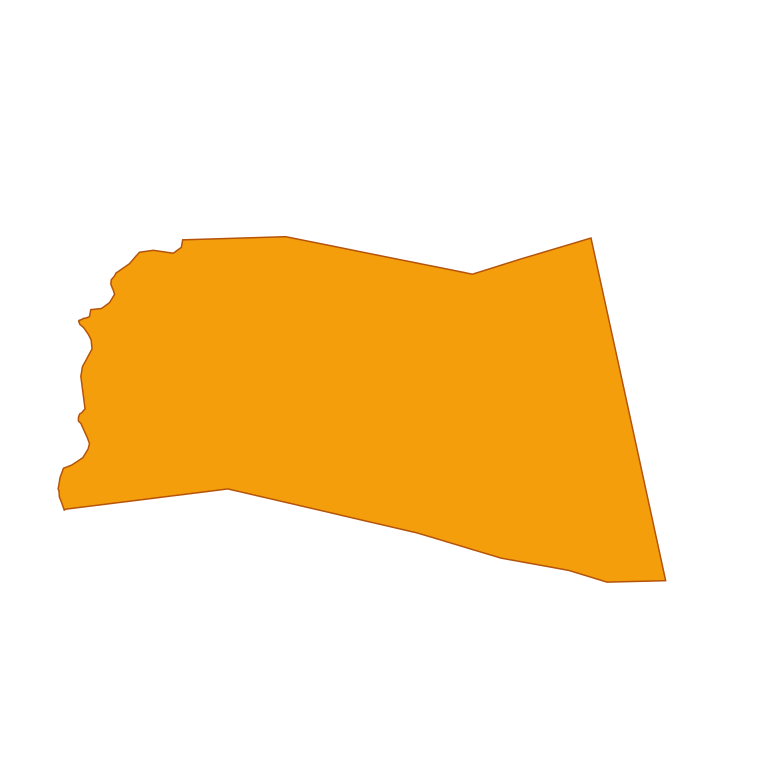 outline of Reifi Hamashkureib, Kassala, Sudan, rotated 190°
{"feature_id": "16777658B48283750984727", "entity_name": "Reifi Hamashkureib", "entity_type": "district", "adm_level": 2, "iso_a3": "SDN", "parent_name": "Sudan", "parent_adm1": "Kassala", "projection": "albers", "projection_center": [36.838, 16.811], "detail": "fine", "context": "isolated", "style": "filled", "palette": "amber", "viewbox_px": 768, "rotation_deg": 190, "n_neighbors": 0, "source": "geoboundaries", "source_scale": "gbopen_adm2", "svg_char_len": 1344}
<svg xmlns="http://www.w3.org/2000/svg" viewBox="0 0 768 768"><g transform="rotate(190 384 384)"><path d="M72.5,239.2L72.7,239.8L148.9,425.9L166.0,467.5L205.5,563.7L271.9,530.4L316.0,507.5L423.4,510.0L451.4,510.7L506.4,512.0L607.3,491.0L607.3,483.4L614.2,476.2L634.4,475.6L647.7,471.3L650.1,467.3L650.4,467.1L650.9,466.1L655.7,458.1L667.3,446.6L668.0,443.8L670.7,439.3L670.4,435.0L667.9,430.8L667.5,430.4L664.9,425.6L668.4,416.5L675.3,409.3L685.7,406.3L685.7,399.5L686.4,398.7L688.0,397.8L689.3,397.0L691.4,396.4L692.6,395.2L695.5,393.6L694.9,393.0L695.4,392.5L693.9,389.9L689.5,387.3L687.1,384.9L683.6,381.3L681.0,377.8L680.1,376.6L677.6,367.8L680.4,359.5L681.5,356.0L683.9,349.1L683.9,348.2L684.1,347.4L683.9,345.2L683.9,338.9L674.1,307.6L676.7,303.2L678.5,301.6L678.8,299.7L679.1,299.1L678.9,298.8L679.1,297.7L678.5,294.4L675.6,292.5L674.7,291.1L666.9,279.7L663.7,274.2L664.1,268.6L667.8,259.1L677.5,249.9L685.0,245.4L686.7,236.1L686.8,233.9L686.7,232.0L686.7,224.1L685.5,222.1L685.3,221.6L684.3,217.1L684.0,216.3L680.4,210.4L678.5,206.9L677.0,204.3L675.9,205.4L675.3,205.6L519.4,253.6L518.8,253.5L438.5,249.2L423.0,248.4L400.3,247.1L376.6,245.8L335.3,243.6L331.9,243.4L326.9,243.2L299.7,240.1L293.2,239.3L267.2,236.2L238.1,232.8L205.4,232.7L169.8,232.5L130.0,227.6L72.5,239.2Z" fill="#f59e0b" stroke="#b45309" stroke-width="1.5"/></g></svg>